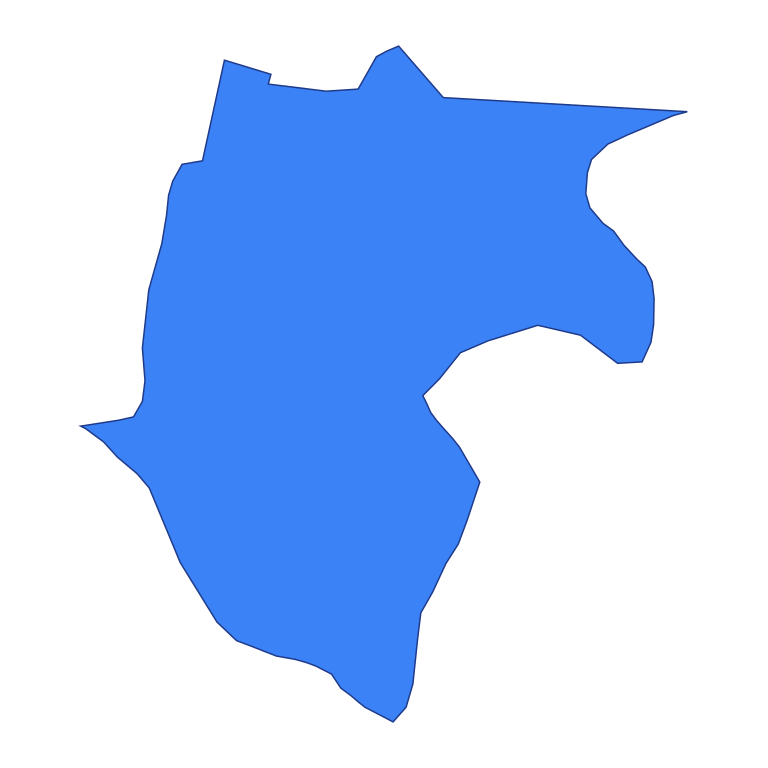 the district of Pusa, Sarawak, Malaysia
{"feature_id": "92858781B40387139442699", "entity_name": "Pusa", "entity_type": "district", "adm_level": 2, "iso_a3": "MYS", "parent_name": "Malaysia", "parent_adm1": "Sarawak", "projection": "equal_earth", "projection_center": [111.164, 1.539], "detail": "fine", "context": "isolated", "style": "filled", "palette": "blue", "viewbox_px": 768, "rotation_deg": 0, "n_neighbors": 0, "source": "geoboundaries", "source_scale": "gbopen_adm2", "svg_char_len": 1162}
<svg xmlns="http://www.w3.org/2000/svg" viewBox="0 0 768 768"><path d="M315.7,666.0L331.5,674.1L340.9,688.2L351.3,695.9L358.6,702.2L364.9,707.2L393.1,721.9L406.1,707.2L412.9,683.9L417.6,638.9L420.8,612.9L432.8,591.8L445.8,563.7L458.3,544.0L467.2,520.1L479.8,482.1L459.4,447.0L452.6,438.5L443.2,428.0L436.4,420.2L430.7,412.5L427.0,404.1L422.8,395.6L439.5,378.8L460.4,352.7L488.1,340.8L537.7,325.3L580.5,335.2L617.6,363.3L642.1,361.9L651.0,342.2L653.6,324.6L654.1,298.6L652.1,281.7L645.3,267.0L636.9,259.2L623.9,245.2L613.5,230.9L611.9,229.8L602.9,223.2L589.9,207.8L585.8,193.6L587.4,172.7L591.5,159.5L607.8,144.1L626.6,135.3L673.1,115.6L687.3,111.7L443.3,97.6L398.6,46.1L386.8,51.1L376.4,56.7L368.5,70.8L358.1,89.1L326.2,91.2L268.3,84.1L270.9,74.3L224.5,60.2L224.4,60.2L224.4,60.4L202.5,160.8L182.1,164.3L172.7,181.2L168.6,195.2L166.5,215.6L161.8,243.7L148.8,289.8L142.4,348.2L145.0,380.8L142.4,401.4L133.5,416.9L118.2,420.3L80.7,426.1L85.7,428.7L103.6,441.9L117.5,457.2L137.1,473.7L149.3,488.0L180.3,562.7L217.0,622.1L236.6,640.7L251.3,646.2L265.2,651.7L276.6,656.1L295.3,659.4L306.8,662.7L315.7,666.0Z" fill="#3b82f6" stroke="#1e3a8a" stroke-width="1.5"/></svg>